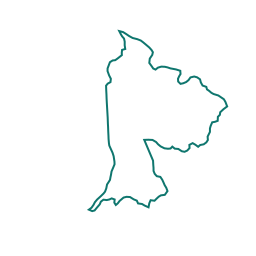 Gado Bravo, Paraíba, Brazil (Albers equal-area conic projection), rotated 223°
{"feature_id": "56859067B38190355049455", "entity_name": "Gado Bravo", "entity_type": "district", "adm_level": 2, "iso_a3": "BRA", "parent_name": "Brazil", "parent_adm1": "Paraíba", "projection": "albers", "projection_center": [-35.816, -7.565], "detail": "fine", "context": "isolated", "style": "outline", "palette": "teal", "viewbox_px": 256, "rotation_deg": 223, "n_neighbors": 0, "source": "geoboundaries", "source_scale": "gbopen_adm2", "svg_char_len": 2216}
<svg xmlns="http://www.w3.org/2000/svg" viewBox="0 0 256 256"><g transform="rotate(223 128 128)"><path d="M100.9,41.6L97.5,42.8L96.2,44.9L96.4,48.1L96.6,52.9L97.6,55.6L97.1,58.8L94.4,60.8L92.9,63.0L91.9,65.4L89.0,66.6L87.1,64.1L84.4,63.4L84.1,65.9L84.4,68.9L84.1,71.5L83.8,74.1L82.1,76.7L79.4,78.9L75.2,79.7L72.0,80.9L69.2,79.7L65.9,82.0L63.0,82.6L58.9,84.0L61.1,87.5L62.2,90.6L59.0,92.9L58.9,95.9L58.7,98.7L58.0,101.2L55.5,104.2L56.1,108.8L59.3,110.4L62.2,111.2L64.7,112.3L67.6,113.5L71.0,114.3L74.1,112.4L77.2,112.7L80.0,114.0L82.2,116.3L84.4,118.3L87.4,121.2L108.0,130.4L105.1,133.3L101.9,136.0L97.9,136.9L94.9,136.6L91.6,136.8L87.5,138.0L84.6,140.1L82.9,142.0L82.9,144.6L79.7,144.8L76.9,147.0L72.8,147.7L70.4,149.2L69.3,151.9L69.3,155.3L71.6,157.5L70.4,161.0L67.4,161.7L63.9,162.1L63.6,164.8L61.5,167.7L60.9,170.9L61.4,173.7L63.9,176.0L65.4,181.0L67.8,183.6L69.0,186.0L70.3,189.6L68.7,191.7L67.3,194.4L69.9,197.5L69.8,200.3L71.3,202.4L71.0,206.9L70.2,211.4L74.5,213.5L77.5,214.4L84.1,213.4L88.6,211.2L91.1,210.6L93.9,210.5L96.6,210.1L98.8,211.5L102.4,209.9L105.8,211.0L108.5,212.7L112.0,212.2L114.7,210.8L116.8,207.6L116.4,204.3L116.8,201.3L118.1,198.4L119.7,196.1L123.0,196.2L125.0,198.1L125.9,200.8L126.4,203.3L128.8,205.5L132.8,203.6L137.7,200.5L140.4,199.3L142.8,197.9L145.5,195.6L147.3,192.5L147.7,189.5L150.1,188.7L152.7,189.3L156.8,190.1L159.4,193.6L160.1,198.0L161.5,200.4L164.0,201.1L167.3,201.4L171.7,201.2L175.3,201.0L178.3,200.7L181.8,199.3L186.0,197.0L190.0,196.0L193.3,195.5L197.0,194.8L200.5,192.9L197.2,191.7L194.8,191.0L191.9,190.7L189.3,188.9L186.8,186.2L183.9,183.9L185.6,181.1L183.9,178.8L182.2,177.1L182.6,174.4L183.0,171.8L183.6,168.9L185.3,166.9L186.1,163.8L184.7,160.4L183.6,157.7L181.8,155.7L177.7,153.6L174.1,152.3L172.1,149.6L173.1,146.6L172.9,144.0L169.4,140.5L166.7,137.9L163.6,134.8L160.7,132.0L149.9,121.7L145.7,117.5L143.4,115.3L139.8,111.7L137.1,109.1L134.7,106.7L131.6,103.9L129.7,102.4L125.9,100.8L122.5,99.4L119.3,97.6L115.0,94.2L113.1,92.3L111.8,88.9L110.4,85.0L108.6,82.3L107.3,80.1L105.8,77.8L105.3,75.3L104.8,72.4L102.7,69.0L101.4,65.8L101.2,63.4L101.4,59.5L101.8,54.6L101.6,51.1L100.8,48.3L100.3,44.8L100.9,41.6Z" fill="none" stroke="#0f766e" stroke-width="2"/></g></svg>